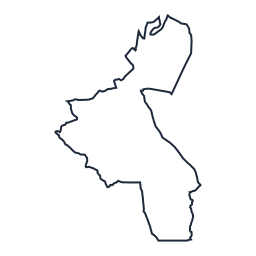 the district of Opala, Orientale, Democratic Republic of the Congo
{"feature_id": "63176286B48725841971461", "entity_name": "Opala", "entity_type": "district", "adm_level": 2, "iso_a3": "COD", "parent_name": "Democratic Republic of the Congo", "parent_adm1": "Orientale", "projection": "natural_earth1", "projection_center": [24.381, -0.71], "detail": "fine", "context": "isolated", "style": "outline", "palette": "slate", "viewbox_px": 256, "rotation_deg": 0, "n_neighbors": 0, "source": "geoboundaries", "source_scale": "gbopen_adm2", "svg_char_len": 4967}
<svg xmlns="http://www.w3.org/2000/svg" viewBox="0 0 256 256"><path d="M146.5,217.0L147.3,218.9L148.7,222.8L150.0,226.2L151.0,230.2L152.0,233.8L153.3,234.5L156.4,237.3L158.4,240.6L187.4,240.6L187.6,240.5L187.9,240.2L188.3,240.0L189.1,239.9L191.0,239.5L190.4,238.7L190.1,237.9L190.2,237.5L190.3,237.4L191.2,236.4L191.5,235.5L191.6,235.4L191.7,234.0L191.6,233.5L191.6,233.4L191.5,233.0L191.5,232.9L191.6,232.3L191.5,232.0L191.4,231.8L190.6,231.7L190.3,231.4L190.2,231.2L189.8,230.2L190.1,228.4L190.0,227.3L190.0,227.1L190.1,226.3L190.5,225.4L190.8,225.0L190.9,224.6L191.0,224.2L191.0,223.7L191.1,223.4L191.4,222.5L191.7,221.7L192.2,220.5L192.4,219.5L192.4,219.4L192.5,219.0L193.0,217.5L193.1,216.8L193.1,216.7L193.1,215.9L193.0,215.5L193.0,215.4L192.9,215.3L192.9,215.0L192.8,214.9L192.7,213.8L192.4,213.3L191.7,212.2L191.5,210.5L191.0,209.3L191.1,208.8L191.1,208.5L190.9,208.2L190.2,207.5L190.1,207.0L190.2,206.7L190.4,205.9L190.5,205.7L190.8,205.4L191.9,204.6L192.0,204.3L192.1,201.9L192.6,201.2L192.8,200.9L192.7,200.6L192.7,200.4L192.4,200.1L192.3,199.9L191.3,199.6L191.0,199.5L190.6,199.0L190.5,198.9L190.4,198.6L190.4,198.4L190.3,198.2L190.1,197.2L189.8,196.5L189.6,196.2L189.4,194.9L189.5,194.4L189.7,192.7L189.6,192.2L189.9,192.2L190.3,192.2L191.5,191.8L192.4,191.1L193.8,191.0L194.7,190.7L194.8,190.7L195.3,190.3L195.7,190.0L196.0,189.8L198.2,187.4L199.0,186.4L199.7,186.1L200.1,185.5L200.3,185.3L200.5,185.0L198.0,182.2L197.1,177.9L195.7,172.2L194.2,169.0L190.3,165.2L186.7,161.9L183.0,158.3L179.5,153.2L174.9,147.2L169.9,142.6L163.7,138.4L162.2,137.2L161.3,134.6L159.3,131.1L157.1,128.3L155.6,126.3L155.3,125.4L155.1,124.8L153.7,120.5L152.6,116.6L151.1,110.4L149.1,107.7L148.2,106.6L147.3,104.8L144.9,101.7L144.1,96.3L143.9,95.7L141.7,93.1L140.9,90.7L143.1,90.6L143.3,89.3L144.4,89.1L145.6,88.9L147.5,88.7L149.6,88.7L169.6,92.2L170.5,93.1L171.6,94.1L182.4,70.9L185.7,64.0L189.0,57.4L190.7,54.1L191.2,52.8L191.2,50.8L191.6,40.7L191.1,34.9L189.5,32.9L189.3,29.8L189.0,28.8L188.7,27.8L187.7,26.2L186.7,24.5L185.7,24.1L184.3,23.9L181.5,23.6L178.7,21.7L171.0,17.8L170.8,17.8L170.6,17.9L168.4,16.0L167.8,15.4L167.5,15.8L166.1,20.0L165.1,21.1L164.5,22.6L162.8,27.0L161.7,28.7L161.4,29.1L154.1,34.4L152.4,34.7L150.4,34.4L150.6,33.1L150.9,32.0L152.1,30.4L153.9,28.3L155.2,27.8L156.8,27.7L158.2,27.1L160.3,24.8L160.3,24.1L159.7,21.5L159.7,21.2L159.7,20.4L159.4,19.8L159.3,19.6L159.1,19.3L159.0,17.3L159.0,17.2L157.5,18.5L156.0,19.9L153.5,22.0L150.7,22.6L147.6,22.6L145.6,27.8L145.4,30.2L145.4,30.6L145.1,32.2L144.3,38.5L143.2,38.4L140.4,35.2L138.7,31.2L138.4,32.0L138.3,33.8L136.8,42.9L136.9,43.4L136.8,44.0L136.8,44.6L136.3,46.7L136.2,46.8L135.6,47.7L135.6,48.1L135.6,49.0L135.9,49.7L135.4,50.4L134.9,50.0L133.7,48.7L132.6,48.0L132.0,48.3L130.7,49.5L129.9,50.6L129.5,51.1L127.4,53.7L125.5,55.8L126.1,57.3L127.0,58.3L130.2,62.5L130.5,62.8L131.1,63.6L131.9,64.1L132.6,64.8L133.1,65.9L133.4,67.5L133.4,68.7L132.5,69.5L125.8,75.7L125.4,76.1L125.3,76.3L124.8,76.7L124.5,77.0L124.4,77.1L124.3,77.3L124.2,77.5L123.9,78.3L123.4,78.9L123.3,79.0L122.8,79.4L121.1,80.3L118.9,78.9L117.4,79.5L115.4,79.7L114.2,80.7L114.1,81.6L114.9,83.7L116.2,87.8L115.0,87.9L114.2,88.1L112.2,88.5L111.3,88.8L111.0,88.7L110.6,88.7L109.4,89.1L109.2,89.1L108.7,89.2L107.9,89.0L105.9,90.4L104.0,91.2L102.5,91.6L101.9,91.5L101.2,91.2L100.2,90.7L99.7,90.6L98.6,91.4L96.9,93.6L95.8,94.6L93.7,97.4L93.0,98.0L92.6,98.4L88.6,99.6L85.7,99.8L83.0,99.9L78.4,100.0L76.9,99.5L75.9,99.4L75.5,99.4L74.6,99.4L72.9,100.5L72.1,100.5L69.4,101.0L67.4,101.3L68.0,101.7L68.4,102.1L69.0,103.4L69.8,104.3L70.1,104.7L70.8,105.1L70.9,108.6L71.6,111.1L72.3,113.3L73.0,114.2L74.4,115.6L75.1,116.0L76.4,117.0L77.2,117.7L76.9,119.4L75.6,120.0L74.0,120.4L72.5,121.0L72.0,121.2L71.0,121.5L69.7,122.0L68.6,122.6L66.4,122.6L66.0,123.1L65.6,124.2L65.5,124.4L65.4,124.5L65.2,124.7L64.4,124.9L63.6,125.2L62.5,125.6L61.7,126.0L61.5,126.3L61.1,127.4L61.0,128.8L60.6,129.9L60.7,130.5L60.5,131.1L60.1,131.6L59.9,132.1L59.7,132.2L58.7,131.4L57.2,131.1L55.6,131.6L55.5,132.5L57.6,134.4L57.7,134.5L58.8,135.1L59.2,136.8L59.5,137.7L62.3,139.7L62.9,140.4L63.2,140.7L64.2,141.9L65.5,144.6L66.7,144.9L68.3,146.2L69.6,147.2L71.9,149.6L73.9,151.5L75.0,152.4L77.1,153.0L78.9,153.4L80.5,154.5L82.7,154.6L84.8,154.6L86.9,157.8L87.3,160.3L86.6,162.8L85.6,165.9L85.8,166.9L86.4,167.3L87.8,166.9L89.7,167.0L91.8,167.9L92.5,167.9L93.8,168.6L94.8,169.2L97.2,170.3L97.5,170.7L97.5,172.7L98.9,174.7L100.0,175.5L100.2,176.6L100.4,178.4L101.1,179.2L102.2,179.9L104.2,181.1L104.7,181.2L105.3,182.0L105.6,183.7L107.5,187.2L108.8,186.9L109.1,186.8L109.2,186.7L109.3,186.5L109.6,186.2L109.8,186.1L110.0,185.6L110.1,185.2L110.5,185.0L110.6,184.9L112.4,185.0L112.9,184.8L113.2,184.3L113.3,184.0L113.6,183.6L113.9,183.3L114.1,183.2L114.4,183.1L116.1,182.6L117.1,181.9L117.8,181.2L118.0,180.9L122.2,182.3L132.9,182.5L140.1,182.4L140.7,188.5L142.0,191.0L142.9,198.8L143.9,209.1L143.6,211.5L144.9,212.8L146.5,217.0Z" fill="none" stroke="#1e293b" stroke-width="2"/></svg>